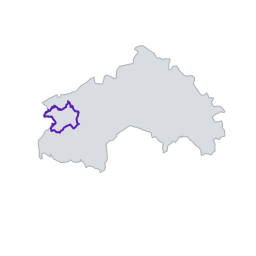 Gaoual highlighted on a map of Guinea, rotated 327°
{"feature_id": "GIN-5639", "entity_name": "Gaoual", "entity_type": "Prefecture", "adm_level": 1, "iso_a3": "GIN", "parent_name": "Guinea", "parent_adm1": "", "projection": "mercator", "projection_center": [-13.344, 11.72], "detail": "fine", "context": "in_parent", "style": "outline", "palette": "violet", "viewbox_px": 256, "rotation_deg": 327, "n_neighbors": 0, "source": "natural_earth", "source_scale": "10m", "svg_char_len": 5841}
<svg xmlns="http://www.w3.org/2000/svg" viewBox="0 0 256 256"><g transform="rotate(327 128 128)"><path d="M154.5,164.5L152.6,164.2L151.8,164.6L149.3,167.5L147.8,168.7L145.5,168.3L144.6,168.5L144.0,168.2L144.9,166.6L146.1,163.4L149.1,160.2L149.2,159.5L147.9,157.6L146.6,155.0L146.6,152.3L146.4,150.3L143.7,149.7L143.2,149.4L143.1,148.7L144.6,145.3L144.7,144.6L144.5,143.9L142.9,142.2L140.3,138.9L135.8,132.2L134.1,130.8L132.5,128.8L131.9,127.5L130.3,127.0L114.7,127.1L114.4,128.8L109.0,130.0L105.7,128.7L102.0,129.4L100.2,130.3L98.8,134.2L98.0,135.1L97.2,136.8L96.5,137.8L95.7,139.7L94.0,142.5L92.1,144.2L89.0,145.2L88.0,148.1L87.3,149.2L86.1,150.0L84.8,150.6L82.3,150.0L80.8,150.5L80.6,149.8L81.4,147.5L80.7,146.3L78.3,143.9L78.1,142.8L77.3,141.3L74.1,138.3L71.1,138.4L71.9,135.9L71.9,132.5L70.8,130.6L71.1,128.7L70.5,128.8L69.5,130.1L67.9,129.7L64.6,127.7L63.0,125.7L62.8,124.1L62.4,123.4L61.4,123.7L59.3,123.7L53.1,120.7L48.6,113.2L48.5,111.5L49.1,108.6L49.0,107.8L46.9,109.8L46.5,108.5L45.0,105.5L44.5,103.7L43.0,102.9L41.8,102.8L40.9,103.4L39.6,106.9L38.7,106.9L37.8,106.1L38.0,103.5L40.4,100.2L44.4,91.9L45.9,90.0L46.8,89.3L48.7,89.2L52.4,88.1L57.0,85.5L60.5,85.7L64.7,85.4L70.1,83.6L70.1,78.0L69.9,76.8L68.0,75.7L66.9,74.7L65.9,73.4L64.8,72.6L64.8,71.6L67.2,70.4L69.4,70.5L70.1,70.0L70.7,69.2L71.3,67.2L71.5,65.0L70.1,62.2L70.1,60.1L78.1,60.4L82.4,61.0L86.0,61.1L86.5,61.6L86.0,63.6L86.5,64.7L87.7,65.1L89.7,63.7L90.7,64.0L93.0,65.7L95.0,66.2L97.3,67.1L99.4,67.6L101.3,67.5L102.7,68.5L105.4,68.8L108.8,67.6L111.4,67.1L115.2,66.9L117.2,67.3L122.9,66.3L127.4,66.9L126.7,67.6L124.7,72.0L124.9,72.8L129.5,76.6L130.6,76.9L131.8,76.4L133.8,74.6L135.4,72.7L136.9,71.8L138.6,71.9L140.0,73.2L143.3,78.8L144.1,79.6L144.9,79.5L146.3,78.5L147.0,77.3L150.0,73.5L154.7,71.7L165.8,76.0L167.5,76.3L168.4,76.0L169.8,73.4L174.0,71.3L176.0,70.7L177.2,70.6L177.6,69.9L177.8,68.9L177.6,67.9L176.3,65.9L176.3,65.4L177.0,65.0L178.6,64.7L180.7,64.9L183.0,65.7L184.9,66.9L186.0,68.4L188.0,74.3L190.4,79.0L190.3,85.2L191.3,85.8L192.5,86.1L193.0,86.6L194.1,89.2L195.2,89.9L196.5,90.1L198.9,91.7L200.4,92.4L200.7,92.9L200.6,93.5L200.0,94.4L197.7,96.1L196.5,97.6L194.2,101.1L194.1,101.8L194.6,102.2L195.6,102.3L196.6,102.1L198.8,100.8L200.5,101.3L202.2,102.2L202.8,103.3L202.9,104.6L202.5,106.3L202.5,108.3L203.0,111.5L203.9,114.8L204.8,116.0L210.2,118.9L210.8,120.0L211.1,121.2L210.7,122.9L210.1,123.8L207.1,126.4L206.6,127.6L206.9,129.9L207.1,139.4L208.3,141.1L209.7,141.9L213.0,141.4L212.9,144.1L212.4,147.1L214.4,148.0L215.3,148.9L215.9,149.7L212.8,151.3L211.9,152.2L211.5,154.7L211.6,157.0L215.7,158.7L217.3,160.6L218.0,162.6L218.2,166.3L217.9,167.2L216.8,167.2L214.7,164.9L211.6,164.7L209.2,164.2L205.3,164.5L204.6,165.2L204.2,170.2L205.1,171.1L207.0,172.0L208.2,172.4L209.2,172.3L210.0,172.9L210.2,174.6L209.6,175.8L208.6,176.9L207.3,179.8L207.6,182.4L205.4,186.6L204.7,187.5L201.8,186.6L199.9,186.3L198.5,187.4L196.6,185.8L196.3,184.5L195.6,184.2L194.3,184.2L193.1,184.9L192.6,186.3L192.3,189.0L190.2,191.5L188.6,194.7L186.9,194.4L186.5,194.8L184.7,195.6L183.1,195.9L182.6,195.0L181.7,194.3L180.7,193.0L179.5,191.9L177.2,191.1L176.3,191.5L175.3,191.4L174.6,190.9L174.7,190.3L175.9,188.6L176.5,187.1L176.9,185.4L176.9,183.8L176.3,181.6L175.3,179.8L175.0,178.8L175.1,177.3L174.9,175.9L174.6,175.2L174.1,172.6L173.5,172.1L173.2,170.1L173.2,167.9L172.4,167.1L171.0,166.5L170.2,165.7L169.7,164.8L169.2,164.5L168.8,164.6L168.4,165.1L167.9,165.3L167.1,163.3L166.8,163.2L166.2,163.7L159.9,165.9L159.1,164.0L157.8,163.6L155.7,164.4L154.5,164.5Z" fill="#d9dde1" stroke="#a8b0b8" stroke-width="1"/><path d="M68.2,70.6L69.9,70.6L70.6,70.3L71.0,69.7L71.6,71.0L72.0,71.1L73.5,70.4L73.8,70.1L74.0,70.0L74.2,69.9L74.8,70.0L74.9,69.8L75.1,69.7L75.4,70.0L76.3,70.2L76.1,69.5L76.1,69.3L76.4,69.4L76.6,69.7L76.8,70.0L77.1,70.1L77.7,69.3L78.0,69.3L78.2,69.2L78.7,69.5L78.9,69.8L78.7,70.0L78.4,70.2L78.5,70.6L78.7,70.9L79.0,71.1L79.3,71.3L79.5,71.6L79.7,72.0L79.8,72.4L79.9,72.8L79.6,73.6L79.6,74.0L79.6,74.4L79.8,74.7L80.0,75.0L80.5,75.4L80.7,75.2L80.6,74.9L80.6,74.6L80.9,74.6L81.2,74.8L81.3,75.1L81.3,75.4L81.3,75.8L81.3,76.0L81.5,76.3L82.0,76.4L82.8,76.6L87.6,76.6L87.9,76.0L88.5,75.6L89.0,75.0L90.6,74.9L91.3,74.4L91.8,73.7L92.2,73.2L92.5,73.7L92.7,74.2L92.7,74.3L92.7,74.5L92.3,77.2L92.2,77.6L91.4,79.1L91.4,79.3L91.5,79.4L91.6,79.5L91.8,79.6L92.1,79.5L92.2,79.4L92.4,79.0L92.5,78.9L92.8,78.8L93.0,78.9L93.1,79.0L93.2,79.3L93.3,79.5L93.4,79.9L93.3,80.0L92.7,81.1L92.5,82.3L92.5,82.9L92.7,84.0L92.7,84.4L92.7,84.6L92.8,84.7L92.8,84.9L93.2,85.0L93.3,85.1L93.4,85.4L93.5,85.6L93.6,85.8L93.7,86.0L93.8,86.0L94.0,86.3L95.0,86.8L95.2,87.0L95.2,87.4L95.2,87.6L95.2,87.9L95.2,88.0L94.9,88.3L94.7,88.4L94.2,88.6L93.8,88.9L92.9,90.3L92.3,90.7L90.9,91.4L90.2,92.0L89.9,92.3L89.7,92.4L89.6,92.6L89.5,92.9L89.1,94.1L88.8,94.6L88.4,95.4L88.2,95.6L88.8,97.8L87.0,97.7L86.8,97.8L85.8,98.2L83.7,98.7L82.4,98.8L82.0,98.6L81.5,93.7L81.1,93.6L80.8,93.6L79.3,93.3L78.3,93.0L77.2,93.0L77.1,92.9L76.9,92.9L76.6,92.9L74.5,92.9L74.1,93.0L73.8,93.1L73.2,93.4L72.9,93.6L72.7,93.8L72.4,94.0L72.0,94.0L71.7,94.0L71.2,94.0L71.1,93.9L70.9,93.8L70.7,93.8L69.8,94.0L68.6,94.4L68.2,94.7L67.4,93.4L66.4,93.2L65.7,92.6L65.5,91.3L65.1,89.9L64.2,89.2L63.0,89.2L62.3,88.7L62.3,87.9L62.9,87.2L63.1,86.1L63.6,85.9L64.7,85.3L64.8,85.1L65.4,85.4L65.9,85.4L66.3,85.1L66.6,84.7L66.7,84.4L66.7,83.9L66.6,83.6L66.7,83.4L67.1,83.4L67.3,83.6L67.4,84.1L67.6,84.2L67.9,84.3L67.9,84.5L68.0,84.9L68.5,84.9L69.1,84.8L69.7,84.6L70.1,84.3L70.2,84.0L70.4,82.9L70.4,82.4L70.0,79.5L70.1,78.4L70.3,77.4L70.3,77.0L70.0,76.5L69.8,76.4L68.9,76.3L68.5,76.1L68.2,75.9L67.7,75.3L67.5,75.1L67.5,74.9L67.4,74.7L66.7,74.5L66.5,74.3L66.0,73.9L65.5,73.6L65.0,73.4L64.4,73.3L64.2,73.2L64.3,73.0L64.3,72.4L64.3,72.2L64.9,71.5L66.4,70.9L67.0,70.4L67.4,70.1L68.1,69.9L68.5,70.0L68.2,70.6Z" fill="none" stroke="#5b21b6" stroke-width="2"/></g></svg>